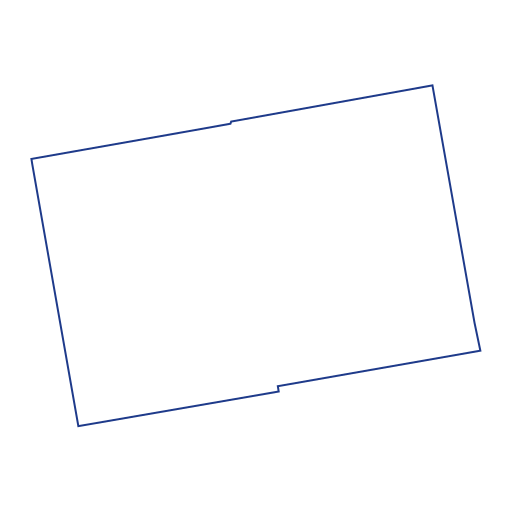 outline of Hand, South Dakota, United States of America, rotated 260°
{"feature_id": "52423323B54672876637776", "entity_name": "Hand", "entity_type": "district", "adm_level": 2, "iso_a3": "USA", "parent_name": "United States of America", "parent_adm1": "South Dakota", "projection": "equal_earth", "projection_center": [-98.973, 44.546], "detail": "fine", "context": "isolated", "style": "outline", "palette": "blue", "viewbox_px": 512, "rotation_deg": 260, "n_neighbors": 0, "source": "geoboundaries", "source_scale": "gbopen_adm2", "svg_char_len": 331}
<svg xmlns="http://www.w3.org/2000/svg" viewBox="0 0 512 512"><g transform="rotate(260 256 256)"><path d="M123.8,460.5L152.3,459.6L292.0,459.5L393.4,459.4L392.7,254.9L390.7,253.8L390.6,204.3L390.6,103.2L390.6,51.7L385.6,51.6L119.3,51.5L118.6,254.8L124.0,254.9L123.8,460.5Z" fill="none" stroke="#1e3a8a" stroke-width="2"/></g></svg>